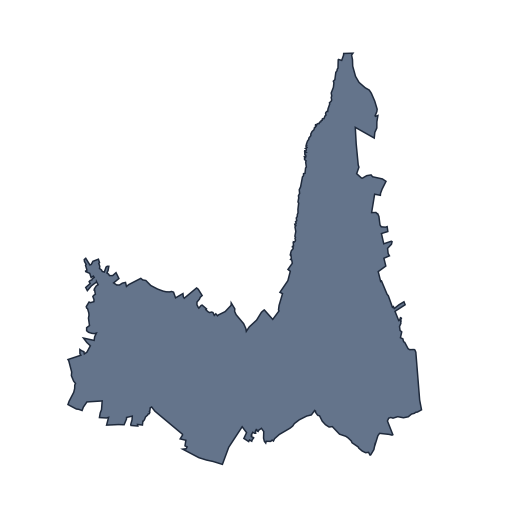 outline of Sarmasag, Salaj, Romania, rotated 95°
{"feature_id": "2599482B62977732214106", "entity_name": "Sarmasag", "entity_type": "district", "adm_level": 2, "iso_a3": "ROU", "parent_name": "Romania", "parent_adm1": "Salaj", "projection": "robinson", "projection_center": [22.809, 47.327], "detail": "fine", "context": "isolated", "style": "filled", "palette": "slate", "viewbox_px": 512, "rotation_deg": 95, "n_neighbors": 0, "source": "geoboundaries", "source_scale": "gbopen_adm2", "svg_char_len": 6114}
<svg xmlns="http://www.w3.org/2000/svg" viewBox="0 0 512 512"><g transform="rotate(95 256 256)"><path d="M296.1,420.0L297.9,418.8L302.2,422.9L305.2,421.0L300.1,417.4L295.9,412.7L295.4,412.7L298.4,410.8L299.7,412.5L302.7,414.1L304.0,414.3L304.0,413.8L308.1,412.7L309.5,414.4L310.6,415.0L313.5,413.6L315.6,413.5L316.9,416.8L316.4,418.3L321.2,420.7L322.6,420.2L323.2,419.2L327.3,417.6L329.5,417.2L332.5,417.5L339.8,415.8L342.2,418.5L345.2,418.2L346.6,416.2L347.4,412.6L347.4,410.0L346.7,408.3L350.6,409.7L354.2,409.9L352.8,420.7L356.9,417.0L359.9,413.2L366.6,416.1L368.5,418.5L366.3,419.1L365.6,421.4L364.5,423.3L368.6,422.9L370.1,421.8L375.5,434.3L376.7,433.4L387.7,429.5L391.3,429.5L396.5,426.8L398.7,424.7L400.4,425.3L403.9,425.1L407.7,425.7L416.9,429.5L420.4,430.4L424.1,421.6L424.2,419.2L425.1,415.8L421.6,414.8L416.1,411.7L413.8,396.6L422.5,396.5L425.9,397.5L430.6,397.9L430.4,390.8L429.6,388.8L437.5,390.1L435.9,378.3L435.6,372.7L429.7,370.8L428.1,370.9L426.3,365.3L430.1,365.2L434.7,366.1L435.7,365.8L435.7,358.9L434.1,359.4L434.3,354.4L430.4,354.3L430.3,353.8L428.9,352.9L425.9,352.0L423.9,350.1L422.7,349.6L422.4,348.6L420.7,348.1L420.2,348.7L418.9,348.2L416.5,348.2L415.5,346.8L419.4,343.2L440.0,313.7L440.8,313.6L444.8,315.6L445.7,309.8L451.3,310.2L452.2,308.0L454.1,308.7L454.8,312.2L461.9,295.3L463.6,287.5L464.4,281.0L466.5,271.3L448.9,266.5L427.3,254.9L432.8,250.0L438.8,252.2L441.5,247.1L439.8,246.5L440.9,244.1L439.2,243.7L437.7,242.6L437.2,242.5L436.3,244.9L434.9,244.6L434.7,245.1L431.9,243.9L432.7,242.0L432.6,240.9L430.8,241.4L428.8,240.6L428.9,240.1L430.1,239.9L430.6,238.6L429.4,238.2L427.2,235.6L430.2,233.0L436.8,232.6L439.9,231.5L441.5,230.0L439.7,229.7L439.4,225.2L438.0,223.9L438.8,222.5L436.4,221.6L431.8,217.3L424.5,207.0L422.2,204.6L419.6,203.2L415.4,198.6L411.0,191.5L409.5,187.0L404.7,184.1L405.4,183.1L406.4,183.2L408.8,181.1L409.4,180.4L409.6,178.8L414.8,175.6L418.0,172.1L420.0,168.3L419.3,165.1L426.2,157.3L427.8,150.8L429.1,148.5L431.8,145.1L433.7,144.0L437.3,137.6L438.5,136.8L441.0,133.3L442.4,129.7L441.8,126.8L444.4,125.0L444.1,124.4L438.6,121.7L433.3,121.1L433.6,120.9L424.3,118.9L421.9,117.4L422.1,107.9L422.6,104.9L422.1,104.1L408.9,110.7L406.0,109.7L405.1,107.6L405.6,105.4L403.7,100.8L404.3,95.0L402.9,90.3L399.9,87.3L398.9,84.5L397.8,83.3L397.4,81.6L394.8,77.7L385.3,80.4L337.9,88.4L335.7,89.6L335.4,90.3L335.9,94.8L335.1,96.4L329.1,100.3L328.5,101.5L325.7,102.5L324.8,105.0L318.9,104.2L317.6,106.0L313.7,106.9L310.5,105.8L308.5,106.2L308.2,105.8L306.6,106.5L305.8,105.7L305.2,105.8L304.9,106.7L307.3,107.3L307.9,108.2L299.0,112.7L291.6,103.2L288.7,104.6L292.1,109.3L296.3,113.7L294.4,114.7L295.2,115.6L284.1,120.7L282.7,122.1L269.9,128.8L270.5,129.6L260.9,132.9L254.7,125.8L247.1,128.4L244.2,123.1L242.0,124.6L236.9,125.6L232.5,122.1L229.9,121.7L229.5,122.5L232.7,129.8L222.7,133.0L220.1,126.8L215.3,127.9L216.0,129.5L216.0,133.8L214.2,135.2L205.9,137.0L203.2,138.5L203.3,139.1L202.2,140.3L202.7,144.6L184.1,143.2L184.7,137.4L182.7,137.4L178.4,136.2L170.3,133.0L168.2,136.8L166.9,146.8L165.2,148.4L166.3,152.7L169.2,156.8L169.1,157.8L165.2,162.9L158.5,161.2L156.4,162.1L135.3,166.0L119.2,168.3L128.2,148.5L122.5,148.4L118.0,146.8L111.8,147.3L105.4,146.8L106.5,149.1L106.0,149.6L101.6,148.2L99.2,148.1L91.4,151.2L83.8,155.3L80.8,157.7L78.9,161.9L74.1,168.5L68.4,172.5L58.5,176.2L52.0,177.0L47.5,178.3L45.5,177.1L46.6,186.3L48.4,186.3L53.7,187.7L53.0,190.9L53.4,191.2L61.7,190.7L62.9,191.4L64.3,191.4L66.1,192.5L73.5,192.8L75.1,194.2L76.7,193.5L81.2,193.6L87.1,195.3L89.9,194.5L91.6,194.9L94.0,194.2L95.2,194.6L97.0,196.2L98.1,195.8L103.2,197.1L105.8,197.2L105.7,197.9L106.9,198.9L108.0,199.1L109.5,198.6L110.5,199.5L113.3,200.3L113.3,201.3L113.8,201.9L115.1,201.9L115.5,202.9L116.7,203.2L117.0,204.1L118.6,204.7L118.5,205.4L119.2,206.6L120.7,207.2L119.9,207.6L120.0,208.1L122.7,208.1L123.2,209.0L125.1,209.2L127.1,211.0L129.6,212.0L131.4,211.9L133.9,213.6L135.2,213.6L137.0,214.7L140.5,215.6L141.6,215.1L141.9,215.8L142.6,215.7L143.5,214.7L144.5,216.1L144.8,215.4L146.0,215.1L146.9,215.5L146.9,216.6L147.3,216.7L148.4,215.2L148.6,216.4L150.6,216.2L151.1,215.3L152.2,215.0L152.7,215.1L152.3,215.5L152.7,216.5L153.9,215.6L154.1,216.2L155.7,216.0L156.8,214.4L158.2,214.7L163.0,213.6L164.1,214.3L169.4,214.4L169.8,215.8L172.0,215.7L173.1,216.6L183.2,217.6L186.2,218.7L189.9,218.0L192.3,219.0L194.4,218.5L198.5,218.9L199.6,218.1L205.8,218.3L209.4,217.9L211.2,218.5L213.0,218.3L214.6,219.2L217.3,218.5L218.4,219.6L219.7,218.9L220.5,219.1L220.9,220.2L221.8,219.9L222.3,219.0L223.7,219.7L228.1,218.5L232.9,219.0L233.9,218.3L235.2,218.7L236.6,218.0L238.1,218.4L238.7,219.1L238.6,219.8L239.2,219.6L239.4,220.1L242.6,219.5L243.3,220.6L243.8,220.6L244.1,219.8L245.3,219.6L247.8,221.3L250.5,221.8L251.9,221.3L252.1,221.9L253.4,220.9L255.5,220.6L256.4,221.3L257.0,220.0L260.1,219.2L266.6,223.0L268.2,220.5L277.8,222.1L290.1,229.0L291.2,226.3L303.1,228.7L307.8,228.9L308.7,228.3L317.7,233.8L309.0,243.0L309.3,243.5L311.6,245.7L319.8,249.8L327.2,256.5L331.9,259.1L329.2,259.8L324.5,262.4L316.2,270.7L313.0,272.5L310.5,272.5L304.9,276.6L307.3,276.5L314.1,281.9L317.9,288.2L318.9,289.1L317.1,291.0L318.8,292.4L316.1,293.9L315.7,295.2L316.4,297.4L315.7,299.0L313.8,301.3L313.0,300.7L309.6,305.4L310.0,306.3L312.9,308.4L312.3,309.0L309.7,310.6L307.1,310.8L303.9,308.6L301.9,307.9L300.1,306.2L294.1,310.7L293.0,312.4L304.3,323.8L302.9,324.9L299.8,325.5L304.7,332.5L299.2,335.0L298.7,337.1L299.3,338.9L299.5,342.3L299.1,345.4L297.5,351.2L294.6,358.2L290.0,363.6L289.7,366.8L288.3,368.8L295.5,380.2L297.6,382.4L293.7,383.7L294.7,386.8L296.8,389.5L297.0,392.3L295.2,395.5L290.4,390.6L284.8,394.0L288.0,397.1L288.3,400.2L286.9,401.3L285.9,403.0L283.3,402.1L279.1,401.7L279.2,403.3L280.1,404.4L285.2,405.7L284.8,407.8L283.4,408.7L282.1,410.8L279.9,410.7L277.1,412.0L276.3,411.3L272.9,412.7L275.5,418.0L278.8,419.4L279.4,420.7L273.1,425.4L274.5,426.8L276.4,426.4L279.2,424.5L280.1,425.0L284.5,423.3L285.5,423.3L285.8,424.4L286.4,424.3L287.8,420.1L291.8,418.4L290.2,416.3L291.4,415.3L293.2,417.2L294.1,417.4L294.8,419.0L296.1,420.0Z" fill="#64748b" stroke="#1e293b" stroke-width="1.5"/></g></svg>